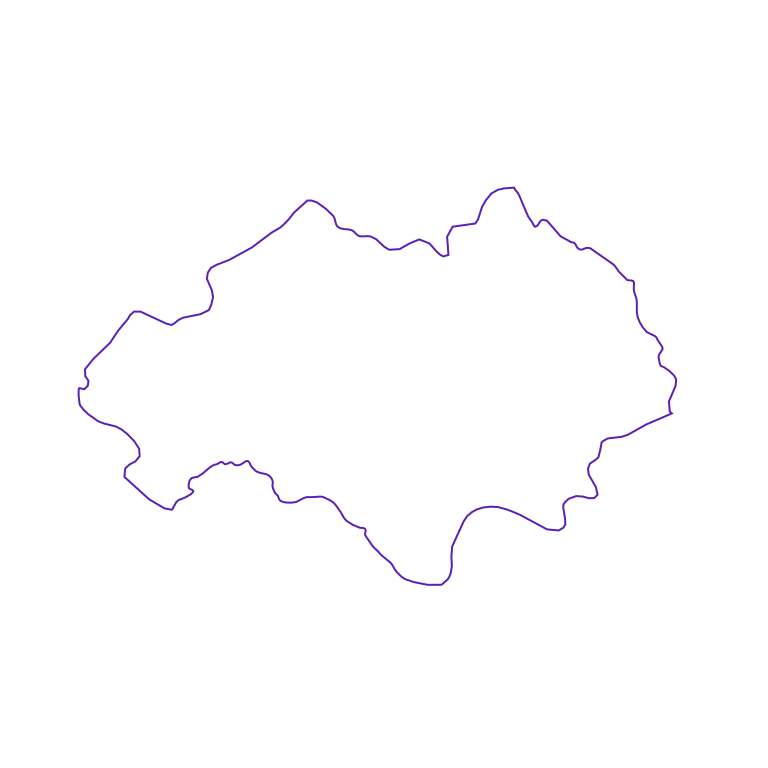 an SVG outline of Cuanza Norte, rotated 224°
{"feature_id": "AGO-1878", "entity_name": "Cuanza Norte", "entity_type": "Province", "adm_level": 1, "iso_a3": "AGO", "parent_name": "Angola", "parent_adm1": "", "projection": "albers", "projection_center": [14.948, -8.858], "detail": "fine", "context": "isolated", "style": "outline", "palette": "violet", "viewbox_px": 768, "rotation_deg": 224, "n_neighbors": 0, "source": "natural_earth", "source_scale": "10m", "svg_char_len": 3838}
<svg xmlns="http://www.w3.org/2000/svg" viewBox="0 0 768 768"><g transform="rotate(224 384 384)"><path d="M506.2,136.8L511.5,143.5L511.1,149.5L509.1,155.5L509.6,162.3L515.1,167.3L524.0,169.4L533.7,169.7L541.2,169.0L547.3,167.2L558.1,161.0L563.8,158.6L575.8,156.8L582.4,156.8L587.9,157.6L589.2,158.3L595.6,163.5L599.5,167.6L600.4,169.0L600.1,169.5L596.0,172.1L595.8,176.9L598.8,181.0L604.3,182.1L609.3,186.8L610.5,199.8L610.1,211.3L609.7,223.6L612.3,237.5L613.4,252.6L614.5,257.1L614.1,262.4L609.5,266.9L582.8,276.1L577.9,278.8L576.7,282.8L576.5,286.5L574.8,291.8L564.6,306.6L561.3,315.5L563.2,320.8L567.2,327.6L572.8,331.8L584.6,336.7L588.1,341.8L589.1,347.4L587.2,353.5L581.6,365.6L573.9,390.3L570.0,414.8L567.4,424.1L566.9,428.9L566.9,436.5L567.8,444.9L566.6,462.7L563.8,465.4L562.0,466.4L558.2,468.1L547.9,469.6L537.5,469.7L534.7,468.8L529.8,465.8L527.2,464.9L523.6,465.6L520.3,467.7L517.1,470.4L513.9,472.3L511.6,472.7L507.0,472.6L504.8,473.1L502.4,474.8L498.4,479.1L496.0,480.9L490.4,482.7L479.1,482.9L473.5,484.2L466.5,491.8L463.3,502.7L459.1,512.5L449.0,516.7L437.6,515.8L433.6,516.0L429.9,517.0L427.3,521.6L440.9,533.8L443.9,544.8L437.5,553.0L429.8,562.9L430.6,567.5L436.5,579.5L438.3,586.6L439.1,595.8L437.0,602.8L433.5,608.1L426.9,615.6L424.4,614.8L420.7,614.5L418.1,613.7L396.9,604.7L389.1,603.1L386.5,602.1L384.5,602.1L383.7,604.7L384.7,610.4L383.8,612.6L380.1,614.7L359.4,612.9L349.8,615.6L348.5,615.7L345.3,617.7L342.6,617.3L339.9,616.3L336.9,616.6L335.0,618.1L333.1,622.2L331.5,624.0L329.5,625.0L301.6,629.4L298.7,629.1L293.2,628.0L283.4,627.8L281.7,627.7L280.1,628.5L278.2,630.1L276.3,631.2L274.4,630.4L270.0,625.5L268.1,624.1L261.3,620.5L259.1,618.6L251.9,611.2L247.9,608.3L242.8,606.0L237.1,604.5L231.0,603.9L222.0,606.8L220.1,606.7L218.3,605.9L209.4,603.9L207.8,602.5L206.5,596.2L205.7,594.8L205.1,594.0L200.1,590.4L197.5,589.3L194.1,590.6L187.8,591.6L181.2,591.6L176.9,590.2L172.9,585.1L166.9,569.3L159.2,562.7L156.5,562.8L167.2,537.2L173.4,516.7L176.5,510.9L185.2,500.3L186.7,495.4L186.9,493.2L182.6,486.7L178.8,480.1L179.3,475.5L180.6,469.9L178.4,464.7L173.7,461.0L159.9,457.0L153.5,452.8L153.5,448.0L157.2,444.2L162.7,441.2L167.9,436.9L171.4,429.8L171.7,424.7L171.2,421.9L169.2,419.6L160.2,412.9L156.1,409.0L155.1,405.3L156.6,400.0L165.7,392.7L195.9,384.2L207.5,379.6L216.5,374.7L222.1,369.8L226.6,364.4L229.9,358.7L231.8,352.8L232.4,346.6L231.3,340.6L222.1,314.5L215.6,306.6L208.7,300.2L204.6,294.3L202.8,289.9L202.5,287.6L203.1,279.6L213.2,269.8L224.8,262.3L233.3,258.3L237.5,257.5L244.4,257.6L247.6,258.2L253.3,259.8L254.7,260.0L266.2,259.1L268.5,259.1L271.6,259.4L278.5,259.4L280.1,259.6L291.0,261.8L292.3,262.2L293.4,262.8L293.9,263.5L295.1,265.6L296.5,266.5L297.7,266.6L298.8,266.0L301.6,263.8L308.6,261.0L316.2,259.5L319.8,259.9L326.3,261.8L334.7,263.4L338.1,263.6L342.3,262.8L349.4,260.4L350.6,259.6L352.3,258.1L353.0,257.2L357.2,252.6L360.8,249.2L362.4,246.5L365.2,238.2L366.9,235.8L369.0,233.5L372.8,230.2L375.1,228.8L377.1,228.1L378.6,228.1L379.9,228.5L382.3,229.7L383.9,230.0L385.9,229.9L387.5,230.2L390.1,231.2L392.5,232.5L393.5,233.3L394.4,234.3L395.1,235.4L396.1,236.3L397.4,237.2L399.1,237.9L402.0,238.3L403.9,238.1L406.0,237.3L412.0,233.7L414.4,232.7L416.6,232.3L421.6,232.4L423.1,232.8L426.0,233.9L428.0,234.1L429.1,233.4L429.8,232.2L430.8,227.6L431.4,226.0L432.3,224.5L434.1,222.7L435.8,222.0L438.2,222.0L439.5,221.4L440.3,220.7L440.8,218.9L442.5,215.9L443.0,215.7L444.2,215.6L445.5,215.6L446.6,215.1L447.4,213.9L448.5,210.2L449.4,208.9L450.5,206.6L451.4,202.9L452.2,194.0L453.6,187.7L455.4,185.3L456.9,183.1L457.0,181.4L456.7,179.4L454.8,176.2L453.4,174.6L452.0,173.6L450.7,173.7L448.2,174.6L446.9,174.6L446.3,173.1L446.4,170.4L448.1,164.5L450.2,159.6L451.0,158.5L451.4,154.8L449.1,146.3L455.4,142.1L472.7,137.9L501.5,137.0L506.2,136.8Z" fill="none" stroke="#5b21b6" stroke-width="2"/></g></svg>